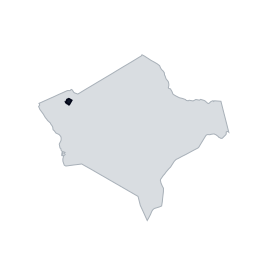 Wundanyi, Coast, Kenya (highlighted), rotated 120°
{"feature_id": "3690345B46260760479849", "entity_name": "Wundanyi", "entity_type": "district", "adm_level": 2, "iso_a3": "KEN", "parent_name": "Kenya", "parent_adm1": "Coast", "projection": "albers", "projection_center": [38.338, -3.299], "detail": "fine", "context": "in_parent", "style": "filled", "palette": "ink", "viewbox_px": 256, "rotation_deg": 120, "n_neighbors": 0, "source": "geoboundaries", "source_scale": "gbopen_adm2", "svg_char_len": 3624}
<svg xmlns="http://www.w3.org/2000/svg" viewBox="0 0 256 256"><g transform="rotate(120 128 128)"><path d="M57.6,152.5L57.5,149.5L57.9,141.9L57.8,135.2L58.2,131.8L59.8,129.7L60.6,128.2L61.1,126.0L62.0,124.2L63.9,122.8L64.3,122.0L66.4,119.6L67.6,116.5L68.5,115.5L69.7,114.5L70.6,114.0L71.9,113.5L73.0,113.2L73.3,112.5L72.9,110.6L73.4,110.0L74.1,108.7L74.9,107.5L75.7,106.7L76.1,106.0L76.3,104.6L76.3,103.7L76.3,102.1L76.1,98.6L75.2,95.7L74.6,92.4L75.0,91.3L74.3,89.4L74.0,89.3L73.4,88.9L72.7,87.0L72.1,85.4L71.8,85.0L69.4,83.5L68.2,80.1L66.9,79.4L66.1,76.0L66.0,75.0L66.7,71.6L66.7,70.8L65.9,70.1L63.6,69.4L61.8,68.0L62.0,67.5L62.2,67.0L61.2,66.7L58.4,60.9L62.0,57.4L65.6,53.9L70.2,49.4L74.4,45.3L78.0,41.8L81.3,38.6L81.2,39.2L81.2,40.0L81.6,40.5L82.3,40.9L83.2,40.5L84.0,40.0L84.8,39.9L89.7,41.2L90.5,42.3L90.5,43.6L90.7,44.5L90.3,45.4L89.9,48.1L90.1,50.5L91.5,52.4L92.9,53.8L93.9,55.8L94.7,56.5L95.7,56.8L99.1,56.9L104.1,57.0L108.9,57.1L109.3,57.1L110.3,57.4L114.7,60.2L118.8,62.7L122.2,64.8L125.5,67.0L128.8,69.0L131.3,70.7L133.7,71.3L137.7,71.5L140.5,71.6L143.1,72.3L146.9,73.0L149.7,73.3L151.4,73.7L156.2,74.1L157.0,73.9L159.1,72.0L161.4,68.9L162.4,67.2L165.4,65.5L170.8,63.2L174.5,61.5L178.7,59.9L180.6,61.3L183.2,63.7L184.4,64.8L185.3,65.3L186.8,65.7L188.5,65.7L189.5,65.6L191.4,65.3L195.9,65.1L198.5,65.1L196.3,68.2L193.7,71.8L188.9,78.6L185.2,82.2L182.4,84.9L182.2,85.4L182.2,88.4L182.2,95.8L182.2,110.6L182.2,125.4L182.2,140.2L182.3,147.6L182.3,150.1L184.7,153.2L187.0,156.3L190.1,160.3L191.8,162.5L192.1,163.2L192.0,164.7L189.4,167.7L187.3,169.0L184.5,169.7L183.6,169.6L182.5,169.1L182.1,169.8L181.7,171.0L181.1,170.7L180.6,170.4L180.9,172.4L181.2,173.4L180.8,174.7L179.4,175.9L179.3,176.9L176.3,179.5L172.1,179.8L169.9,181.0L168.9,182.1L168.1,184.4L168.4,187.9L167.2,190.6L167.0,192.0L164.8,193.7L163.8,195.4L163.1,197.0L162.5,197.7L161.7,201.4L160.7,203.6L160.5,204.4L160.2,205.0L159.4,206.4L158.9,207.3L158.5,207.9L156.0,213.6L154.0,216.2L152.4,215.9L151.3,216.9L151.2,217.4L150.7,217.1L149.4,216.1L146.7,214.2L144.0,212.2L141.3,210.3L138.6,208.3L135.9,206.4L133.2,204.5L130.5,202.5L127.8,200.6L126.2,199.4L125.5,198.7L125.0,197.4L124.7,197.1L124.0,196.6L123.1,196.6L122.9,196.3L122.9,195.6L123.2,194.7L124.2,192.9L124.3,191.9L124.1,190.7L123.8,188.8L123.5,188.3L121.7,187.3L118.0,185.3L114.2,183.2L110.5,181.1L106.7,179.0L102.9,176.9L99.2,174.8L95.4,172.7L91.7,170.6L87.9,168.5L84.2,166.5L80.4,164.4L76.6,162.3L72.9,160.2L69.1,158.1L65.3,156.0L61.6,154.0L60.2,153.2L58.9,152.5L57.6,152.5ZM182.5,172.8L181.8,172.9L182.2,171.9L184.1,170.6L184.9,170.9L185.0,171.2L185.0,171.5L184.7,171.8L182.5,172.8Z" fill="#d9dde1" stroke="#a8b0b8" stroke-width="1"/><path d="M137.1,193.4L137.0,193.2L136.9,193.0L136.9,192.9L137.1,192.8L137.2,192.7L137.3,192.7L137.2,192.3L137.1,192.0L137.3,192.0L137.4,191.8L137.4,191.7L137.4,191.4L137.5,191.3L137.5,191.2L137.5,190.9L137.5,190.7L137.0,190.5L136.5,190.5L136.3,190.5L136.1,190.5L135.5,190.5L135.0,190.5L133.6,190.5L132.1,190.5L132.1,190.8L132.1,191.0L132.1,191.3L132.1,191.6L132.1,191.8L132.1,192.0L132.1,192.3L132.1,192.5L132.1,192.8L132.1,193.0L132.1,193.3L132.1,193.5L132.1,193.8L132.2,194.0L132.3,194.0L133.1,194.2L133.7,194.4L133.7,194.5L133.6,194.8L133.5,195.0L133.8,195.1L134.0,195.1L134.3,195.1L134.5,195.0L134.5,194.9L134.8,194.8L135.0,194.9L135.2,195.0L135.3,195.0L135.4,194.9L135.5,194.9L135.8,194.9L136.0,194.9L136.3,194.9L136.5,194.8L136.7,194.7L136.8,194.7L137.0,194.7L137.0,194.8L137.0,194.7L137.0,194.8L137.1,194.7L137.1,194.4L137.1,194.2L136.9,194.1L136.8,193.9L136.8,193.7L137.0,193.4L137.1,193.4Z" fill="#0f172a" stroke="#020617" stroke-width="1.5"/></g></svg>